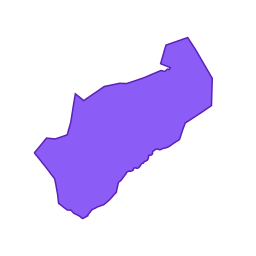 the district of Xan-Uul, Ulaanbaatar, Mongolia, rotated 150°
{"feature_id": "93677404B94490169269592", "entity_name": "Xan-Uul", "entity_type": "district", "adm_level": 2, "iso_a3": "MNG", "parent_name": "Mongolia", "parent_adm1": "Ulaanbaatar", "projection": "natural_earth1", "projection_center": [106.789, 47.807], "detail": "fine", "context": "isolated", "style": "filled", "palette": "violet", "viewbox_px": 256, "rotation_deg": 150, "n_neighbors": 0, "source": "geoboundaries", "source_scale": "gbopen_adm2", "svg_char_len": 2401}
<svg xmlns="http://www.w3.org/2000/svg" viewBox="0 0 256 256"><g transform="rotate(150 128 128)"><path d="M112.7,170.8L112.9,170.9L127.7,175.8L127.9,175.8L152.7,173.9L153.7,176.7L154.0,177.5L156.5,183.9L162.9,176.2L163.3,175.7L170.9,166.3L174.9,161.4L184.1,152.5L184.4,152.6L186.4,152.9L196.5,154.9L196.6,155.0L197.6,155.7L200.4,157.7L203.2,159.7L203.6,160.0L205.8,159.2L209.1,157.9L221.3,153.4L221.5,153.7L221.4,152.5L221.3,151.7L221.0,150.2L220.6,147.3L220.4,146.0L219.8,142.3L219.7,141.1L219.0,136.9L218.5,133.6L218.4,132.6L218.2,131.0L217.8,127.5L217.3,123.4L216.9,120.6L217.4,119.2L218.1,117.1L219.1,114.1L220.3,111.0L221.7,107.0L221.9,106.3L222.4,105.2L223.6,102.4L224.2,101.1L225.6,97.8L225.8,97.4L225.2,96.1L224.2,93.7L223.2,91.0L222.4,89.3L221.7,87.5L219.4,85.9L218.4,85.2L218.2,84.1L217.8,82.4L217.6,81.4L217.2,80.7L215.9,78.8L215.2,77.8L214.8,77.1L213.7,75.2L213.5,74.5L213.3,73.6L213.2,73.4L212.8,72.8L212.5,72.4L212.4,72.2L209.1,72.1L207.4,72.1L206.6,72.1L206.6,72.7L204.8,73.4L201.6,74.6L199.7,75.3L197.1,75.0L194.9,74.9L194.3,75.0L192.6,74.7L190.7,74.4L190.1,74.3L187.4,73.7L185.0,74.1L181.8,74.7L179.1,75.3L177.8,75.7L174.1,77.0L173.2,77.3L171.0,77.9L170.2,78.2L169.3,79.3L168.7,80.0L165.6,83.4L163.7,85.4L163.3,85.7L161.3,86.0L160.5,86.1L160.2,86.2L158.3,87.0L154.8,88.5L152.5,89.4L151.3,90.3L150.6,90.3L150.0,90.3L149.1,90.3L147.6,89.3L146.3,89.0L145.8,88.9L145.0,88.9L144.5,89.0L143.5,89.9L142.8,90.2L142.1,90.2L141.3,89.5L140.7,88.9L139.9,88.4L138.9,88.3L137.5,88.6L135.9,89.3L134.5,90.2L133.9,90.3L133.3,90.2L132.5,89.9L132.0,90.0L131.3,90.4L130.4,90.8L128.9,90.4L127.9,90.4L127.0,90.6L126.6,91.0L125.9,91.2L125.3,91.8L124.6,92.8L123.9,93.9L123.4,94.0L123.0,93.5L122.0,93.2L121.2,92.9L120.0,93.2L119.6,93.5L119.0,94.6L118.5,95.1L117.6,95.4L116.5,95.5L114.4,95.7L113.3,95.2L112.4,94.4L111.7,93.5L110.6,93.0L109.3,92.9L108.2,92.8L107.0,92.6L105.6,92.0L105.2,91.9L103.1,91.5L100.6,91.5L99.7,91.6L97.7,91.8L94.7,92.0L92.8,92.1L90.4,92.1L89.2,92.3L87.9,93.4L83.9,97.0L81.3,99.3L77.4,102.5L76.1,103.7L73.7,103.8L64.9,104.3L55.9,104.8L50.7,105.2L44.5,105.7L30.2,128.9L30.3,161.6L31.1,176.5L53.6,180.8L56.1,178.5L67.6,167.4L67.5,167.2L67.3,167.0L63.4,162.0L61.4,159.4L61.2,159.2L62.6,158.3L63.1,158.0L64.4,159.3L65.5,159.1L66.0,159.0L66.8,158.8L67.9,158.6L69.5,160.2L70.6,161.3L78.7,162.3L89.3,163.6L107.0,167.2L112.7,170.8Z" fill="#8b5cf6" stroke="#5b21b6" stroke-width="1.5"/></g></svg>